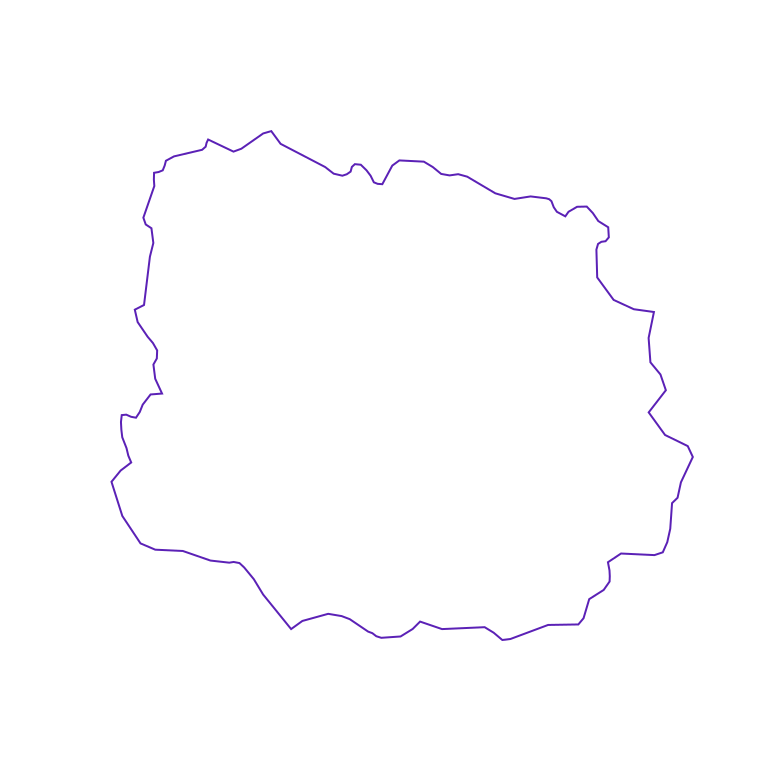 the border of Kuyavian-Pomeranian, rotated 168°
{"feature_id": "POL-3145", "entity_name": "Kuyavian-Pomeranian", "entity_type": "Voivodeship", "adm_level": 1, "iso_a3": "POL", "parent_name": "Poland", "parent_adm1": "", "projection": "mercator", "projection_center": [18.543, 52.987], "detail": "fine", "context": "isolated", "style": "outline", "palette": "violet", "viewbox_px": 768, "rotation_deg": 168, "n_neighbors": 0, "source": "natural_earth", "source_scale": "10m", "svg_char_len": 1916}
<svg xmlns="http://www.w3.org/2000/svg" viewBox="0 0 768 768"><g transform="rotate(168 384 384)"><path d="M670.9,345.0L659.6,354.1L647.6,359.8L649.0,367.1L649.2,374.8L651.1,386.3L650.4,393.9L649.2,401.5L647.0,408.1L642.5,407.6L638.2,404.5L633.6,402.6L628.7,407.4L624.3,414.0L614.5,422.3L603.1,420.8L606.7,436.7L605.5,451.0L600.9,456.2L598.9,464.0L601.5,472.1L605.4,479.4L612.1,495.8L612.3,508.5L602.3,511.2L586.5,557.2L580.3,569.9L579.1,584.7L583.9,589.6L584.8,596.7L567.5,625.4L566.6,631.8L565.0,638.4L560.4,638.2L556.0,639.0L553.1,643.3L550.9,647.7L542.1,650.3L513.2,650.9L509.1,653.2L507.4,656.8L505.2,659.7L482.9,642.6L474.6,643.8L450.1,654.2L441.7,654.8L435.2,640.4L396.5,608.5L389.5,600.2L381.4,596.4L376.8,596.9L372.5,598.7L370.3,603.0L366.8,605.1L361.1,603.3L356.7,596.7L353.8,590.5L352.0,583.4L348.6,581.1L344.1,579.8L330.5,595.9L322.5,599.5L298.8,593.2L291.2,586.1L284.4,577.6L276.5,574.4L267.8,573.8L259.5,569.5L235.5,547.4L217.9,537.9L201.6,537.0L186.7,531.9L184.0,530.4L182.2,528.0L181.2,521.6L179.1,516.5L171.8,510.3L167.7,514.1L158.3,517.2L148.8,515.4L144.2,507.8L140.5,498.8L132.1,490.7L133.6,480.7L137.6,477.6L141.8,477.9L145.5,476.5L148.3,471.3L153.3,443.9L141.9,418.5L124.1,405.2L105.0,398.3L115.6,374.0L118.9,349.8L111.6,335.8L109.6,319.3L131.0,301.2L119.7,275.7L99.8,260.1L97.1,248.4L114.0,226.1L120.5,211.7L127.0,207.6L134.1,182.9L139.8,170.4L146.3,161.4L155.0,160.4L187.4,168.9L202.0,163.1L202.2,154.7L203.1,149.1L204.4,143.9L211.9,136.9L228.0,130.9L237.5,113.4L243.9,108.4L273.6,114.2L313.3,108.3L321.5,109.0L328.4,117.9L336.1,125.2L378.2,132.2L398.1,144.1L406.9,138.4L420.3,133.6L439.4,136.3L444.0,138.9L447.2,142.7L451.0,145.1L466.4,161.1L473.7,165.8L486.4,170.8L513.1,169.2L525.8,163.6L546.0,203.2L551.9,220.1L558.9,233.6L562.6,238.9L568.1,241.2L572.5,241.4L590.5,247.4L615.5,262.5L642.2,269.5L655.3,278.7L667.4,309.3L670.9,345.0Z" fill="none" stroke="#5b21b6" stroke-width="2"/></g></svg>